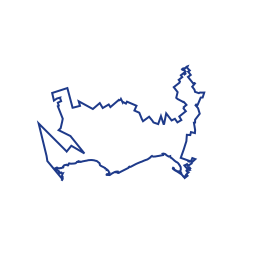 the district of Puerto Peñasco, Sonora, Mexico, rotated 322°
{"feature_id": "50627088B70846464748232", "entity_name": "Puerto Peñasco", "entity_type": "district", "adm_level": 2, "iso_a3": "MEX", "parent_name": "Mexico", "parent_adm1": "Sonora", "projection": "albers", "projection_center": [-113.36, 31.53], "detail": "fine", "context": "isolated", "style": "outline", "palette": "blue", "viewbox_px": 256, "rotation_deg": 322, "n_neighbors": 0, "source": "geoboundaries", "source_scale": "gbopen_adm2", "svg_char_len": 5465}
<svg xmlns="http://www.w3.org/2000/svg" viewBox="0 0 256 256"><g transform="rotate(322 128 128)"><path d="M212.9,116.1L211.9,115.8L209.0,116.2L208.9,115.5L207.8,115.5L207.8,115.0L206.7,115.0L206.7,115.5L207.4,115.5L207.5,116.6L208.0,116.7L208.0,119.0L206.7,119.0L206.7,120.6L205.5,120.6L205.4,119.0L202.1,119.0L202.1,121.3L197.6,121.3L197.6,123.3L196.4,124.0L189.2,124.0L189.2,129.6L189.2,130.3L184.6,133.9L184.9,135.6L187.1,140.5L187.3,140.8L187.3,141.2L187.5,141.5L187.9,141.6L188.0,141.7L188.3,145.6L188.3,145.8L184.9,145.9L184.9,146.2L183.8,146.8L183.9,150.4L175.5,150.5L174.9,154.6L170.4,154.0L170.6,149.6L167.0,148.9L167.1,140.0L159.0,147.0L158.5,146.7L161.3,138.9L154.2,143.5L152.1,140.3L151.5,139.2L151.7,137.0L151.6,132.1L144.0,131.9L144.4,129.6L146.3,122.9L143.8,118.2L148.4,115.7L143.4,106.6L141.4,107.5L140.1,104.4L139.5,104.7L140.3,100.8L139.5,101.2L138.8,101.0L138.0,100.7L138.0,100.2L127.0,100.7L127.3,97.6L120.4,96.7L121.1,91.0L112.0,91.4L105.6,76.6L103.8,81.0L97.3,78.2L96.8,77.9L104.8,59.2L89.8,53.7L86.5,60.8L90.1,61.0L93.3,62.3L92.9,62.6L91.8,65.7L88.3,64.8L87.2,67.8L86.1,67.6L85.9,68.3L82.3,80.5L80.0,82.5L74.8,86.7L72.0,87.0L77.7,98.9L77.7,100.0L78.0,121.2L72.4,107.1L65.2,108.8L65.2,108.6L60.4,69.4L46.6,99.9L44.1,104.4L44.8,127.7L44.0,128.2L43.2,128.6L44.1,128.4L45.2,127.9L45.8,127.2L45.8,126.9L46.0,126.6L46.2,126.4L45.8,126.1L45.8,125.9L46.2,125.4L47.1,124.6L47.8,124.1L48.6,123.7L48.0,123.5L48.0,123.4L48.3,123.2L48.2,123.1L48.1,122.8L48.0,122.5L48.1,122.1L48.0,121.9L47.3,121.7L46.7,121.7L46.6,121.0L46.8,120.8L46.7,120.6L46.6,120.4L46.6,120.1L46.7,119.9L46.9,119.7L46.9,119.3L46.8,119.1L46.4,118.0L46.2,117.3L46.2,116.6L46.1,116.2L46.0,115.7L46.1,115.0L47.6,115.4L47.7,115.7L47.9,115.9L48.0,116.0L48.1,116.4L48.2,116.8L48.4,116.9L48.7,117.2L48.9,117.4L49.1,117.5L49.3,117.7L49.9,117.8L50.1,118.1L50.4,118.3L50.5,118.3L50.9,118.6L51.4,118.7L52.0,118.8L52.2,119.0L52.5,119.2L52.9,119.1L53.0,119.0L53.1,118.4L54.9,118.1L57.1,119.2L57.2,120.0L57.5,120.4L57.9,120.6L58.3,120.3L58.9,120.0L59.4,119.6L59.8,119.6L61.0,121.0L63.5,122.7L64.4,123.2L65.0,123.5L65.3,123.5L65.9,123.5L66.6,123.4L66.8,123.3L68.0,123.6L67.8,123.9L67.8,124.1L68.1,124.3L68.4,124.5L68.9,124.3L69.0,124.5L69.3,124.7L69.2,124.9L69.3,125.1L69.4,125.3L70.0,125.7L71.6,126.3L74.7,127.9L75.2,128.2L77.0,129.0L78.3,129.9L79.2,130.5L80.1,131.3L81.4,132.6L82.3,133.9L82.7,134.3L83.0,134.7L83.4,135.9L83.4,136.1L83.5,136.8L83.9,137.9L83.8,138.1L83.8,138.4L83.7,138.8L83.2,139.5L83.1,139.9L83.1,140.0L83.2,140.7L83.7,141.9L84.8,144.2L85.1,145.3L85.3,145.5L85.1,145.9L85.5,146.6L85.8,147.4L85.8,147.6L85.7,147.7L85.4,148.0L85.6,148.1L85.8,148.1L86.0,148.5L86.1,149.0L86.1,149.6L86.1,150.1L85.9,150.8L85.7,151.5L85.8,151.7L85.1,152.1L84.7,152.0L84.4,152.0L84.1,152.2L83.7,152.0L83.4,151.7L83.0,151.4L82.8,151.4L82.5,151.6L82.4,151.6L82.3,151.8L82.5,152.0L83.1,152.3L83.1,152.5L83.3,152.7L83.8,153.0L84.0,153.3L84.3,153.5L84.6,153.8L84.8,153.8L85.4,153.9L85.6,153.9L86.1,153.9L86.3,153.9L86.8,153.9L89.3,154.3L90.7,154.6L91.6,155.0L92.0,155.2L92.6,155.7L92.6,155.8L92.6,156.4L92.7,156.5L92.8,156.5L92.9,156.2L93.2,156.2L93.2,156.3L93.2,156.7L92.9,156.8L92.6,156.6L92.4,156.6L92.3,156.4L92.2,156.4L92.3,156.5L92.2,156.6L92.3,157.0L92.5,157.3L93.0,157.7L93.8,157.7L103.9,159.7L104.2,159.6L104.5,159.5L104.6,159.3L105.3,159.3L105.5,159.8L106.1,160.2L106.6,160.3L110.0,160.9L112.2,161.3L113.8,161.7L117.1,162.6L117.8,162.9L120.6,163.6L122.2,164.1L123.9,164.7L124.5,164.8L124.8,164.8L125.4,164.8L125.6,164.9L126.9,164.9L127.3,165.0L127.7,165.0L127.9,164.9L128.1,164.8L128.2,164.7L129.7,164.8L129.8,165.4L130.2,166.0L131.7,167.1L134.5,168.6L135.2,169.0L137.6,170.2L139.1,171.0L139.3,170.8L139.6,170.4L139.6,169.7L140.2,170.0L141.2,171.3L141.5,172.3L141.5,173.1L141.9,174.0L142.1,174.6L142.5,175.6L143.0,175.8L143.8,176.1L143.4,176.5L143.6,177.3L143.4,177.7L143.6,177.9L143.8,178.2L144.0,179.4L144.3,180.8L144.4,181.5L144.5,182.2L144.8,183.3L145.0,183.9L145.1,184.5L145.5,185.1L145.8,186.1L145.9,187.6L145.7,188.1L145.8,188.8L145.7,189.5L145.7,189.9L145.5,190.3L145.5,191.1L144.8,192.2L143.9,193.4L143.1,193.7L142.5,194.7L142.3,195.9L142.0,195.7L141.7,195.2L141.5,194.1L141.0,193.7L141.1,193.3L140.6,193.1L139.5,190.8L139.0,189.4L139.4,187.7L139.1,187.1L138.8,187.2L138.6,187.3L138.4,187.5L138.3,187.9L138.5,188.6L138.7,189.5L139.1,190.7L139.9,192.5L140.2,193.4L140.7,194.8L141.3,196.6L141.5,197.1L141.7,198.2L141.7,198.7L141.8,199.1L141.7,199.9L141.8,200.6L141.8,201.5L141.8,199.4L142.0,201.2L141.9,202.3L142.9,202.3L142.9,201.2L143.5,201.1L143.6,202.3L145.5,202.3L145.4,200.5L148.5,200.2L148.0,199.1L147.8,199.0L147.6,198.3L147.8,197.5L148.2,197.4L148.9,197.6L149.8,198.1L150.4,198.7L150.5,198.9L150.9,199.1L150.9,198.2L152.2,198.2L152.2,196.9L150.5,196.5L149.6,196.2L149.5,195.0L149.4,194.5L149.4,192.2L151.8,192.8L152.3,192.8L152.3,194.0L151.7,194.0L151.7,194.7L156.4,195.1L156.7,194.4L161.9,194.0L160.2,191.3L156.9,193.1L156.1,191.7L155.5,192.1L155.1,191.5L155.7,191.1L151.2,184.0L158.6,179.3L165.9,174.3L170.2,169.6L172.7,171.9L175.1,170.0L177.6,173.2L179.6,171.0L183.2,164.4L184.2,165.0L186.0,162.8L193.3,160.9L195.4,155.5L195.2,151.7L196.1,151.5L196.3,152.9L197.4,152.5L204.0,148.8L205.6,149.9L208.9,147.7L209.9,147.0L207.6,145.3L206.6,144.4L205.3,144.2L203.1,140.8L204.0,138.6L204.0,135.0L208.2,134.1L208.0,133.4L206.8,132.9L206.7,124.7L210.1,124.8L210.1,120.6L211.7,120.7L211.8,120.7L212.1,120.7L211.6,116.8L212.9,116.1Z" fill="none" stroke="#1e3a8a" stroke-width="2"/></g></svg>